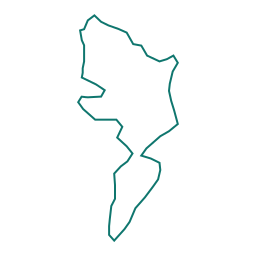 Agia Marina Xyliatou, Nicosia, Cyprus (Robinson projection)
{"feature_id": "46923920B35422065670386", "entity_name": "Agia Marina Xyliatou", "entity_type": "district", "adm_level": 2, "iso_a3": "CYP", "parent_name": "Cyprus", "parent_adm1": "Nicosia", "projection": "robinson", "projection_center": [33.054, 35.034], "detail": "fine", "context": "isolated", "style": "outline", "palette": "teal", "viewbox_px": 256, "rotation_deg": 0, "n_neighbors": 0, "source": "geoboundaries", "source_scale": "gbopen_adm2", "svg_char_len": 914}
<svg xmlns="http://www.w3.org/2000/svg" viewBox="0 0 256 256"><path d="M101.1,21.8L94.4,15.4L87.8,20.4L84.1,29.2L80.1,30.4L81.8,40.2L84.1,45.3L84.1,53.6L84.1,61.4L82.7,68.3L82.7,72.9L81.8,77.5L96.0,84.4L104.7,90.2L101.1,96.6L87.9,97.3L85.0,97.1L84.6,97.0L81.6,96.7L78.2,102.2L82.9,108.7L83.2,109.1L95.2,119.7L108.4,119.7L116.4,119.7L122.3,126.8L117.2,137.6L126.7,146.3L132.5,153.5L127.4,161.4L120.8,166.4L114.2,173.6L115.0,185.1L115.0,198.8L111.3,206.0L109.8,219.0L109.1,226.2L109.1,234.9L114.2,240.6L124.5,229.1L129.6,221.9L135.4,208.2L144.9,197.4L153.0,186.6L158.1,179.4L160.3,170.0L159.5,162.8L150.8,158.5L141.3,155.6L146.4,148.4L153.7,142.0L160.3,136.2L169.0,131.2L177.8,124.0L174.1,110.3L171.2,100.9L169.0,90.9L169.8,83.7L172.7,71.5L177.8,62.8L173.4,55.6L166.8,59.2L159.5,61.4L147.1,55.6L141.3,45.6L133.2,44.1L126.7,32.6L118.6,29.0L108.4,25.4L101.1,21.8Z" fill="none" stroke="#0f766e" stroke-width="2"/></svg>